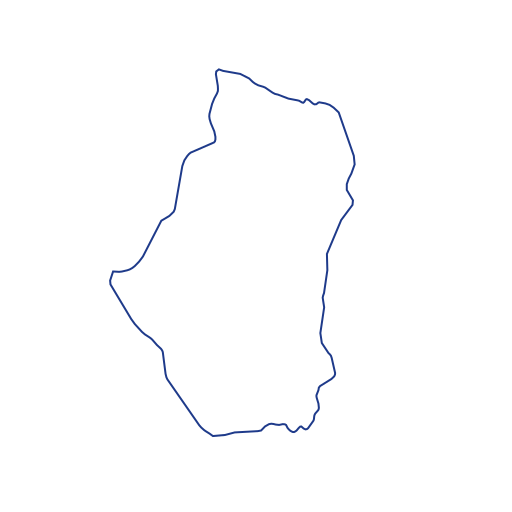 SVG path tracing the border of Logone Occidental, rotated 315°
{"feature_id": "TCD-1484", "entity_name": "Logone Occidental", "entity_type": "Prefecture", "adm_level": 1, "iso_a3": "TCD", "parent_name": "Chad", "parent_adm1": "", "projection": "equal_earth", "projection_center": [15.903, 8.748], "detail": "fine", "context": "isolated", "style": "outline", "palette": "blue", "viewbox_px": 512, "rotation_deg": 315, "n_neighbors": 0, "source": "natural_earth", "source_scale": "10m", "svg_char_len": 2052}
<svg xmlns="http://www.w3.org/2000/svg" viewBox="0 0 512 512"><g transform="rotate(315 256 256)"><path d="M358.4,97.4L361.7,97.8L363.6,101.8L373.6,116.1L376.7,125.6L376.8,130.6L377.2,133.3L378.3,136.9L380.8,141.5L381.6,143.5L383.2,152.1L384.0,154.7L384.9,156.2L385.6,157.3L390.2,167.6L395.5,175.4L396.3,176.8L397.1,179.9L397.7,181.0L398.8,181.2L401.9,180.6L402.9,181.0L403.7,183.3L404.0,188.2L404.5,190.0L405.8,191.2L407.2,191.5L408.5,191.6L409.5,192.2L412.9,197.1L414.9,201.2L415.8,206.0L416.0,213.0L396.0,254.3L390.5,261.0L381.6,265.2L376.4,266.8L371.0,269.4L366.9,273.5L363.9,285.2L360.4,288.1L341.7,290.8L307.6,304.7L296.4,316.5L277.9,330.3L275.4,331.5L273.7,332.6L267.9,340.5L247.0,356.0L241.0,364.1L238.6,376.0L238.7,377.4L238.5,379.4L237.5,381.5L229.2,394.7L228.0,395.7L226.2,396.4L222.4,396.3L209.5,393.3L207.4,393.5L205.3,395.0L200.3,397.2L199.4,398.1L198.6,399.3L195.8,404.5L193.2,407.7L192.2,408.5L191.0,409.0L186.5,409.3L185.2,409.7L184.1,410.3L182.0,412.0L181.0,412.7L180.0,413.1L171.0,414.6L169.6,414.4L168.4,413.6L167.7,411.7L167.5,408.6L166.6,407.9L164.7,407.8L161.4,408.1L159.9,407.9L158.4,407.4L157.4,406.2L156.7,403.9L156.6,401.7L156.8,399.7L157.8,396.8L157.4,395.4L156.0,393.8L152.9,391.8L150.8,389.2L149.6,387.2L148.2,385.4L146.3,384.1L141.9,382.9L136.2,383.0L133.4,381.1L116.2,365.7L107.6,360.7L98.2,352.8L97.6,348.9L96.5,344.1L96.2,342.2L96.0,338.5L96.2,335.5L106.1,280.6L106.9,278.4L108.7,275.4L122.1,258.1L122.8,256.6L123.2,254.6L123.0,249.0L123.5,241.8L123.4,239.8L123.1,238.0L122.0,232.9L121.7,229.0L122.2,218.4L123.2,212.3L133.0,173.2L135.5,170.2L144.0,165.9L148.0,170.4L150.1,172.1L154.9,175.1L157.2,176.2L160.0,177.0L163.1,177.4L169.4,177.3L175.7,176.4L214.0,164.1L223.1,166.4L229.1,166.5L231.8,165.4L267.5,140.3L273.0,137.7L278.0,136.7L280.7,136.5L282.9,136.7L306.6,146.0L308.0,145.9L309.7,144.9L311.6,143.0L314.6,138.4L317.9,130.3L320.0,126.4L321.7,124.2L323.6,122.6L332.5,117.4L337.9,115.1L343.3,113.5L345.7,112.4L347.3,110.9L349.3,108.7L356.2,99.1L358.4,97.4Z" fill="none" stroke="#1e3a8a" stroke-width="2"/></g></svg>